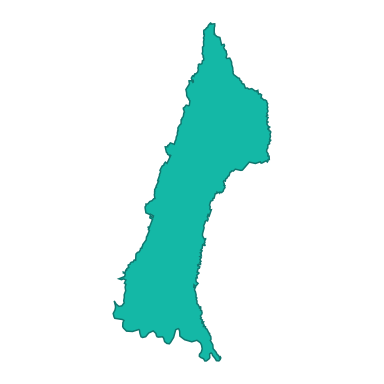 Parácuaro, Michoacán, Mexico (Equal Earth projection)
{"feature_id": "50627088B31611248449826", "entity_name": "Parácuaro", "entity_type": "district", "adm_level": 2, "iso_a3": "MEX", "parent_name": "Mexico", "parent_adm1": "Michoacán", "projection": "equal_earth", "projection_center": [-102.195, 19.07], "detail": "fine", "context": "isolated", "style": "filled", "palette": "teal", "viewbox_px": 384, "rotation_deg": 0, "n_neighbors": 0, "source": "geoboundaries", "source_scale": "gbopen_adm2", "svg_char_len": 6026}
<svg xmlns="http://www.w3.org/2000/svg" viewBox="0 0 384 384"><path d="M220.8,357.9L220.3,356.8L219.6,357.5L219.6,356.8L219.1,356.7L218.4,355.3L217.3,354.7L215.9,351.9L213.1,348.7L212.8,344.8L210.3,340.4L211.0,339.3L210.8,336.6L209.4,334.3L209.6,333.4L208.8,333.0L206.9,329.1L205.5,328.4L205.5,326.7L203.4,326.5L203.6,325.7L204.2,325.5L203.7,324.1L202.1,323.2L202.4,322.5L203.1,322.7L203.6,321.9L201.9,321.7L202.4,320.0L200.5,318.7L201.3,317.7L200.6,316.8L200.5,315.6L201.6,314.5L202.1,312.9L201.6,310.6L200.6,310.4L200.7,308.6L199.8,308.2L200.8,307.1L200.4,306.8L199.5,307.3L198.0,304.5L196.9,303.6L197.0,301.0L196.2,299.2L196.9,298.0L196.0,297.2L196.1,294.8L195.3,291.4L194.7,290.7L194.6,288.9L195.3,287.7L193.8,287.2L194.0,284.9L195.6,286.4L198.1,283.4L196.3,281.9L196.0,280.8L196.0,278.0L197.3,277.9L196.7,275.2L198.9,273.3L198.7,272.5L197.1,272.1L198.1,268.6L199.3,268.2L199.8,266.8L198.6,265.7L197.9,265.9L197.6,265.0L198.4,264.3L200.5,264.5L200.6,263.4L199.8,262.3L201.0,261.4L199.9,259.6L201.2,257.7L199.9,256.6L201.4,256.0L201.1,253.8L200.7,253.9L200.3,252.7L201.1,252.5L202.1,250.8L200.7,250.0L202.2,248.4L202.6,244.8L204.8,245.5L205.1,245.2L204.0,243.4L204.9,242.7L204.6,241.0L205.6,239.2L205.6,238.7L204.2,239.0L202.5,235.9L202.5,233.8L204.1,227.8L203.6,225.8L205.1,222.5L205.0,221.6L206.5,220.4L207.5,220.9L208.1,219.3L207.9,217.7L207.3,216.9L208.3,213.7L208.4,215.9L209.1,216.3L211.3,209.8L210.4,210.0L209.9,209.0L210.2,206.7L209.5,205.1L210.7,201.2L212.8,200.3L212.9,198.5L214.1,198.2L215.2,193.8L216.5,193.5L217.0,192.1L217.7,192.9L219.2,192.3L219.7,193.1L220.2,192.2L221.6,192.6L223.3,191.0L223.5,189.7L225.0,187.6L224.6,186.2L224.9,185.6L224.0,185.4L224.3,184.1L223.4,181.6L224.0,180.7L225.3,181.1L225.7,178.9L227.1,178.0L227.9,176.3L229.0,175.8L230.0,172.4L230.9,172.0L231.8,170.9L233.3,171.1L235.3,169.2L240.9,170.4L242.4,170.1L249.3,162.1L255.4,163.5L260.2,161.8L260.9,163.0L261.8,163.1L266.1,160.8L267.3,162.0L268.0,160.9L268.1,159.6L269.3,159.5L269.1,156.1L267.8,155.9L268.2,154.0L266.6,151.5L266.8,149.4L267.8,148.0L267.8,144.9L269.6,143.7L269.2,142.0L270.7,140.5L270.6,140.0L269.8,140.0L269.6,139.4L270.5,136.3L270.0,134.4L270.8,132.0L270.3,131.1L269.2,130.8L268.8,129.3L268.0,129.2L268.0,128.2L269.7,127.4L269.7,126.9L268.5,126.6L266.9,124.1L267.0,123.2L268.0,122.3L267.9,121.8L267.0,122.1L266.8,121.3L267.2,119.2L268.1,117.5L266.4,116.5L266.6,115.7L267.7,115.1L266.7,113.7L268.0,111.1L267.2,108.7L267.8,107.4L267.2,105.2L267.7,103.6L266.8,102.4L266.6,101.0L265.1,99.9L263.7,99.9L261.9,98.1L261.0,97.9L261.6,94.9L260.1,93.8L258.5,94.0L257.8,90.5L256.9,91.5L256.6,90.8L255.1,91.0L251.8,88.6L249.0,89.2L247.4,88.0L245.4,88.2L244.2,84.7L243.7,83.9L243.0,84.1L241.5,82.8L241.6,81.4L240.0,80.3L239.4,78.3L238.0,77.9L233.7,74.6L233.0,73.1L233.2,71.6L232.9,71.0L232.7,67.7L231.7,64.6L231.6,62.1L230.3,59.2L229.7,58.1L226.9,58.5L226.1,57.6L226.9,54.3L226.3,52.8L226.2,51.0L225.2,50.2L223.8,48.1L223.6,47.1L224.2,46.6L224.5,45.3L224.0,44.3L221.6,44.9L219.9,37.5L217.0,36.6L214.2,34.1L214.7,33.8L214.2,32.3L214.3,27.7L214.8,25.9L214.7,23.8L211.1,24.1L211.1,23.4L210.5,23.0L208.4,25.3L207.6,27.5L206.8,27.6L205.2,29.6L204.0,30.1L203.7,30.8L203.8,34.4L204.3,34.3L204.3,36.2L203.5,37.6L203.6,38.7L204.1,39.0L203.5,41.7L203.7,45.5L203.6,46.2L202.5,47.1L202.7,51.8L202.1,53.7L203.5,56.1L203.0,56.9L203.8,58.4L203.6,60.2L202.4,60.7L202.0,63.6L200.3,64.4L199.4,64.0L198.4,64.5L198.4,66.4L197.9,68.0L198.3,69.9L197.6,72.3L195.7,73.9L194.9,73.8L194.4,75.1L193.3,75.6L193.6,76.3L192.5,76.0L191.3,78.1L191.9,79.7L193.2,80.3L193.4,82.0L192.9,82.4L191.9,80.7L189.0,80.8L189.4,84.0L185.9,89.5L186.6,92.8L186.7,95.6L187.7,97.7L188.7,98.4L188.9,99.7L189.9,100.8L189.3,105.4L188.7,105.8L186.2,105.1L184.6,107.2L183.3,108.1L183.5,109.5L184.1,110.2L184.0,110.8L184.5,112.1L183.8,113.0L183.3,116.5L181.9,118.3L181.7,119.7L181.1,119.8L181.1,123.7L179.5,125.3L177.9,127.9L178.0,130.1L177.7,130.8L178.0,130.9L177.3,132.7L177.4,134.7L176.3,136.9L176.0,139.5L175.1,141.3L174.3,144.3L170.3,142.9L169.1,144.7L167.7,145.5L167.7,146.8L165.2,146.8L166.4,152.2L167.1,152.7L167.7,154.4L168.9,154.8L169.5,156.0L171.0,154.9L167.0,163.4L165.4,162.1L164.1,163.8L163.8,165.1L162.1,166.1L160.2,169.8L160.0,170.5L160.6,170.9L160.3,172.8L159.5,174.3L159.5,175.6L157.7,180.6L158.4,180.9L158.1,181.6L158.4,181.7L156.1,186.2L156.4,187.2L155.9,187.3L154.6,189.8L154.8,191.5L154.5,191.8L154.7,193.2L154.3,194.6L154.9,198.5L153.8,198.7L152.0,200.7L149.8,201.5L147.7,204.0L145.9,204.1L146.1,205.5L145.1,206.8L145.1,207.8L145.9,212.8L150.5,214.8L150.6,214.3L153.5,215.9L153.0,217.5L150.2,216.0L150.1,216.3L149.8,217.8L152.5,219.3L149.3,227.7L148.3,227.0L148.1,227.6L148.9,228.5L148.4,229.7L149.4,230.6L147.3,235.4L147.5,235.7L146.5,236.8L146.2,239.9L142.8,244.5L142.5,246.1L141.8,247.2L141.9,248.1L140.5,248.4L140.3,250.1L139.0,252.0L137.5,252.4L136.0,254.0L135.6,260.3L134.2,260.0L133.2,261.8L131.2,262.3L130.3,263.2L130.0,264.3L128.2,265.0L128.2,266.0L128.8,267.3L126.8,268.7L126.6,270.2L125.8,270.1L125.0,272.9L123.3,272.1L123.4,273.0L124.2,272.9L125.3,274.4L124.6,276.5L118.9,278.8L121.5,279.7L123.7,278.9L125.9,280.0L124.4,283.3L125.9,284.3L125.1,287.1L125.7,290.8L124.2,294.8L124.3,297.5L123.7,300.8L124.2,302.8L121.8,305.9L118.9,306.4L116.1,304.0L114.2,300.9L115.4,305.6L115.5,307.5L115.0,310.0L113.2,313.5L114.0,316.8L114.8,318.3L122.3,319.5L123.9,320.4L122.9,322.6L122.7,326.6L123.5,328.1L126.5,331.1L132.5,331.5L138.9,329.5L139.5,330.1L139.9,333.1L141.0,336.7L142.6,337.5L145.7,336.7L148.7,333.0L153.2,330.9L155.8,333.3L156.5,335.8L157.2,336.8L158.5,337.1L162.6,336.8L163.7,338.3L164.6,341.6L166.8,343.4L169.3,343.8L170.5,342.5L173.6,337.4L175.7,329.7L178.2,328.6L178.8,329.0L179.6,331.0L179.9,336.1L184.6,339.7L191.8,341.8L196.9,340.3L200.3,342.7L201.5,345.0L202.2,348.9L201.2,352.3L199.5,354.2L199.3,356.2L200.7,357.5L203.5,358.7L204.9,361.0L206.4,360.9L209.1,358.8L209.8,357.7L209.6,354.0L211.0,352.9L212.0,353.6L212.5,355.3L214.9,358.2L216.4,360.7L218.9,360.9L220.1,359.6L220.8,357.9Z" fill="#14b8a6" stroke="#0f766e" stroke-width="1.5"/></svg>